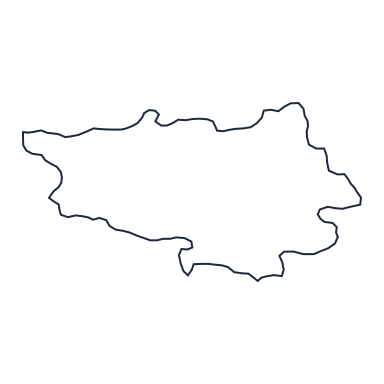 the district of Cantagalo, Minas Gerais, Brazil, rotated 270°
{"feature_id": "56859067B48352524880212", "entity_name": "Cantagalo", "entity_type": "district", "adm_level": 2, "iso_a3": "BRA", "parent_name": "Brazil", "parent_adm1": "Minas Gerais", "projection": "robinson", "projection_center": [-42.648, -18.509], "detail": "fine", "context": "isolated", "style": "outline", "palette": "slate", "viewbox_px": 384, "rotation_deg": 270, "n_neighbors": 0, "source": "geoboundaries", "source_scale": "gbopen_adm2", "svg_char_len": 1965}
<svg xmlns="http://www.w3.org/2000/svg" viewBox="0 0 384 384"><g transform="rotate(270 192 192)"><path d="M140.5,335.0L147.1,337.8L151.4,336.1L156.9,336.7L161.0,332.7L162.1,324.4L165.3,320.4L169.6,317.8L174.5,319.8L177.2,327.8L175.8,335.4L175.2,342.4L177.2,350.4L179.3,360.2L186.4,361.0L192.1,356.9L196.4,354.4L200.1,350.9L205.1,348.0L209.8,344.4L209.6,337.5L213.3,328.9L221.0,327.2L228.5,326.6L235.5,324.1L235.5,316.1L239.4,308.9L246.6,307.1L252.6,306.7L257.8,308.0L263.1,307.5L268.3,304.7L275.2,303.5L280.9,298.6L280.7,290.7L277.4,284.4L272.8,278.4L274.2,270.9L273.4,263.8L266.3,261.8L260.7,256.6L256.8,250.7L255.6,243.4L255.1,235.0L254.1,228.9L252.8,223.4L253.3,217.1L258.1,215.1L262.5,212.9L264.7,207.4L265.3,199.7L265.0,192.8L263.8,185.5L264.3,178.2L261.0,172.9L258.5,167.1L258.5,161.1L262.6,155.4L269.5,158.9L273.3,155.1L273.9,149.0L271.0,144.3L266.0,141.9L260.8,137.4L257.8,131.9L255.5,126.0L254.4,120.9L254.4,114.7L254.6,105.4L255.0,99.4L255.6,93.6L252.6,87.0L249.1,78.5L247.6,70.7L246.9,65.3L249.8,58.5L250.6,52.8L251.1,47.6L253.6,41.1L252.1,33.6L251.4,28.5L251.8,23.0L245.8,23.0L238.5,23.3L233.4,26.4L230.2,32.4L229.0,41.5L223.7,45.3L220.5,50.4L217.2,56.8L212.1,60.8L206.6,61.9L201.4,61.3L197.1,58.8L192.4,53.3L186.1,49.0L182.9,53.3L179.5,58.7L174.7,59.4L169.3,60.8L166.8,67.9L168.6,75.6L167.8,82.4L166.6,88.2L164.3,93.1L166.1,99.6L163.8,106.3L158.0,109.6L154.4,115.6L153.1,123.4L151.4,129.9L148.2,137.4L145.4,145.4L143.7,150.3L143.7,157.1L145.2,163.1L145.2,170.3L146.6,176.2L145.9,184.6L142.4,191.4L136.5,192.3L134.5,187.4L135.0,181.5L128.8,178.9L120.2,180.8L112.9,183.5L108.6,187.9L114.1,191.7L119.8,193.7L120.1,202.0L120.1,208.5L119.3,215.1L118.6,222.2L116.9,228.0L111.8,234.3L110.6,242.9L110.4,248.3L107.1,252.7L103.1,257.7L106.4,261.5L107.7,266.6L108.9,274.1L107.9,281.7L114.1,283.7L121.3,282.4L128.2,279.4L132.3,284.1L132.5,293.2L129.9,303.2L129.9,313.8L133.0,321.2L135.8,328.3L140.5,335.0Z" fill="none" stroke="#1e293b" stroke-width="2"/></g></svg>